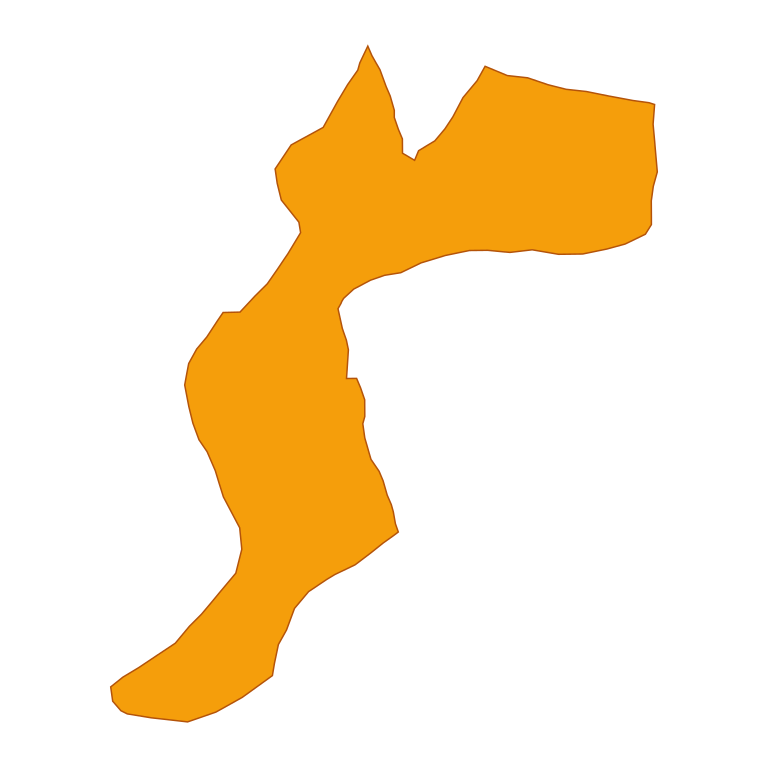 Esan Central, Edo, Nigeria (Natural Earth projection)
{"feature_id": "59680162B14396821090751", "entity_name": "Esan Central", "entity_type": "district", "adm_level": 2, "iso_a3": "NGA", "parent_name": "Nigeria", "parent_adm1": "Edo", "projection": "natural_earth1", "projection_center": [6.254, 6.706], "detail": "fine", "context": "isolated", "style": "filled", "palette": "amber", "viewbox_px": 768, "rotation_deg": 0, "n_neighbors": 0, "source": "geoboundaries", "source_scale": "gbopen_adm2", "svg_char_len": 2123}
<svg xmlns="http://www.w3.org/2000/svg" viewBox="0 0 768 768"><path d="M367.8,46.1L359.8,62.9L357.8,70.1L347.7,84.5L342.8,92.7L337.6,101.4L323.2,127.4L291.2,144.9L275.1,169.0L275.3,170.1L277.2,183.3L281.3,200.0L298.9,222.2L300.6,232.7L291.6,247.6L288.1,253.4L288.0,253.6L284.1,259.3L277.4,269.3L267.3,283.8L255.2,295.8L240.0,312.1L223.1,312.5L217.5,320.7L206.8,337.0L196.7,349.0L188.7,363.5L186.7,374.0L184.7,385.0L188.8,406.5L192.9,423.2L199.0,439.8L207.1,451.7L215.3,470.7L219.1,483.2L223.4,496.9L237.1,522.9L239.7,527.8L241.8,549.3L235.8,573.2L219.6,592.5L211.6,602.2L201.5,614.2L189.4,626.3L175.3,643.2L157.1,655.3L138.9,667.5L122.8,677.2L110.7,686.9L112.7,701.2L120.9,710.7L125.7,713.1L127.3,713.9L151.2,717.8L167.5,719.6L187.6,721.9L215.9,712.1L242.2,697.4L272.4,675.6L274.4,663.6L278.4,644.5L286.5,630.0L294.5,608.4L308.6,591.6L326.8,579.4L334.9,574.5L355.1,564.8L371.2,552.6L383.3,542.9L393.4,535.7L398.3,532.0L395.4,523.7L393.3,511.8L391.3,504.6L387.2,495.1L383.1,480.8L379.1,471.3L371.0,459.4L369.0,452.6L366.9,445.2L364.8,438.0L362.8,423.7L364.8,416.5L364.8,416.2L364.7,402.3L364.7,399.8L360.6,387.9L356.6,378.4L346.5,378.5L347.1,369.8L348.4,349.8L346.4,340.2L343.5,331.9L342.3,328.3L338.0,308.7L341.0,303.4L341.8,301.4L343.6,298.4L353.7,289.1L370.5,280.2L384.6,275.3L400.8,272.7L421.0,262.9L427.3,261.0L443.0,256.2L445.2,255.5L446.7,255.2L462.1,252.0L465.6,251.3L469.5,250.5L487.7,250.3L505.2,252.0L505.6,252.0L509.9,252.4L515.2,251.8L532.2,249.8L558.5,254.3L567.2,254.2L582.7,254.0L607.0,249.0L625.2,244.0L627.9,242.7L645.4,234.2L651.4,224.6L651.4,217.4L651.3,200.7L651.6,198.7L653.3,186.3L657.3,171.9L655.1,146.9L654.7,141.8L653.6,129.8L653.1,124.2L654.6,104.5L649.0,102.7L632.9,100.5L609.8,96.2L609.6,96.2L608.6,96.0L586.3,91.5L566.1,89.3L547.9,84.7L527.6,77.8L507.7,75.6L507.4,75.6L485.1,66.3L481.1,73.5L477.1,80.7L463.0,97.6L452.9,116.8L444.9,128.9L434.8,140.9L427.3,145.4L418.6,150.7L414.6,160.3L411.0,158.2L402.5,153.2L402.4,138.9L398.4,129.4L394.3,117.5L394.3,110.3L390.2,96.0L386.1,86.5L380.0,69.8L376.9,64.4L375.9,62.7L371.9,55.6L367.8,46.1Z" fill="#f59e0b" stroke="#b45309" stroke-width="1.5"/></svg>